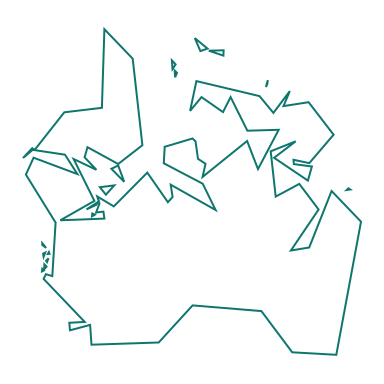 outline of Belmullet-Lea-3, Mayo, Ireland, rotated 90°
{"feature_id": "5873133B47562740874876", "entity_name": "Belmullet-Lea-3", "entity_type": "district", "adm_level": 2, "iso_a3": "IRL", "parent_name": "Ireland", "parent_adm1": "Mayo", "projection": "albers", "projection_center": [-9.902, 54.113], "detail": "medium", "context": "isolated", "style": "outline", "palette": "teal", "viewbox_px": 384, "rotation_deg": 90, "n_neighbors": 0, "source": "geoboundaries", "source_scale": "gbopen_adm2", "svg_char_len": 1922}
<svg xmlns="http://www.w3.org/2000/svg" viewBox="0 0 384 384"><g transform="rotate(90 192 192)"><path d="M344.7,292.5L342.5,225.3L305.4,191.4L311.1,122.6L352.3,91.8L354.8,47.7L221.7,23.0L191.0,52.4L247.5,74.8L250.5,93.1L209.5,65.4L183.9,84.7L196.6,108.3L151.3,113.3L141.3,88.3L157.8,109.9L180.6,76.1L166.5,72.1L164.1,90.1L159.8,90.5L163.1,74.7L134.7,50.4L102.2,75.4L106.1,100.5L91.1,94.2L112.9,110.6L96.1,124.5L81.1,187.6L110.9,193.9L97.1,182.5L112.1,161.0L97.1,153.4L130.7,136.6L129.8,105.3L169.1,126.0L141.0,136.9L176.9,181.4L163.8,178.5L158.8,186.0L141.3,188.5L138.5,191.5L146.8,219.3L163.3,220.2L183.7,181.3L210.0,168.4L184.7,213.3L197.0,211.4L202.2,216.1L172.6,236.7L206.4,270.2L196.4,286.8L203.5,284.5L212.5,287.9L211.6,280.6L218.6,279.6L220.3,323.7L200.9,289.6L159.0,310.4L169.8,287.6L157.3,299.4L147.2,296.5L164.0,265.8L145.2,241.6L58.7,251.3L29.2,279.6L107.8,282.1L112.3,319.7L150.1,349.5L154.7,319.0L174.1,306.6L157.7,350.4L174.6,358.1L222.6,328.4L276.1,331.7L274.2,338.1L278.9,340.4L321.9,299.3L322.8,314.7L330.3,314.0L324.9,293.9L344.7,292.5ZM168.8,272.6L181.8,259.8L165.5,265.8L168.8,272.6ZM194.7,278.1L185.4,269.7L187.2,284.1L194.7,278.1ZM50.7,175.2L55.6,160.6L50.3,160.4L50.7,175.2ZM51.1,183.6L48.6,176.5L38.1,189.2L51.1,183.6ZM158.0,361.0L149.1,350.5L148.2,351.8L158.0,361.0ZM204.7,287.5L209.4,297.5L202.1,286.2L204.7,287.5ZM69.0,211.5L64.4,208.4L60.4,212.1L69.0,211.5ZM245.0,341.7L247.9,337.9L243.2,341.7L245.0,341.7ZM84.0,116.7L80.1,116.2L87.0,118.1L84.0,116.7ZM77.3,208.9L72.8,207.0L70.6,209.3L77.3,208.9ZM266.6,337.5L264.4,339.6L269.3,339.8L266.6,337.5ZM254.0,336.2L253.8,334.5L252.1,335.1L254.0,336.2ZM258.3,335.5L260.8,337.9L262.1,337.0L258.3,335.5ZM253.6,340.9L256.7,340.4L252.6,338.8L253.6,340.9ZM190.0,37.3L189.5,33.8L188.3,35.6L190.0,37.3ZM271.4,342.0L270.5,340.2L268.9,341.7L271.4,342.0ZM216.3,292.0L214.7,289.2L213.5,291.7L216.3,292.0Z" fill="none" stroke="#0f766e" stroke-width="2"/></g></svg>